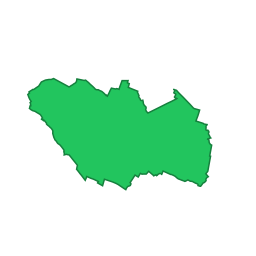 Curtuiseni, Bihor, Romania (Albers equal-area conic projection), rotated 320°
{"feature_id": "2599482B62407773842337", "entity_name": "Curtuiseni", "entity_type": "district", "adm_level": 2, "iso_a3": "ROU", "parent_name": "Romania", "parent_adm1": "Bihor", "projection": "albers", "projection_center": [22.231, 47.541], "detail": "fine", "context": "isolated", "style": "filled", "palette": "green", "viewbox_px": 256, "rotation_deg": 320, "n_neighbors": 0, "source": "geoboundaries", "source_scale": "gbopen_adm2", "svg_char_len": 4601}
<svg xmlns="http://www.w3.org/2000/svg" viewBox="0 0 256 256"><g transform="rotate(320 128 128)"><path d="M187.6,180.9L186.9,180.6L186.5,179.6L186.9,179.0L187.7,178.2L187.9,178.0L188.2,177.7L188.4,177.3L188.8,176.8L189.2,176.6L189.4,176.6L189.7,176.5L190.6,176.4L190.8,176.2L190.0,175.3L188.8,173.8L188.6,173.3L188.6,172.8L184.5,166.3L187.3,164.7L189.1,163.7L189.6,163.4L190.1,163.1L194.4,160.3L191.2,155.7L190.9,154.5L190.7,149.4L190.5,147.0L190.0,139.5L189.5,134.1L189.4,132.1L189.4,131.5L189.4,130.4L189.1,129.9L189.0,129.6L188.4,129.2L188.4,128.8L188.2,128.3L188.1,128.2L187.8,127.9L187.7,128.0L187.8,128.2L188.0,128.3L188.2,129.1L187.6,129.7L186.8,130.0L186.1,130.2L185.8,130.5L185.7,131.0L185.9,131.5L186.4,132.6L186.1,133.1L185.3,133.5L184.4,133.8L183.5,134.1L183.4,135.0L183.8,135.7L184.4,136.8L183.8,136.8L178.5,135.6L173.6,134.3L167.6,132.9L163.8,132.0L155.5,130.0L152.9,129.3L152.8,127.1L153.0,126.3L153.4,125.2L154.8,124.3L155.3,123.2L155.2,122.6L155.1,121.5L155.1,121.3L155.2,120.1L155.4,119.5L155.6,119.0L156.4,117.8L157.2,116.2L155.9,115.6L155.7,115.3L155.5,114.9L155.7,114.1L156.1,113.2L156.1,112.2L156.0,111.9L156.2,111.2L156.5,110.7L157.2,110.3L158.1,107.1L158.2,106.8L158.3,106.6L159.1,106.1L154.3,97.1L157.5,94.8L156.6,93.0L158.5,91.7L153.9,87.9L147.8,91.4L146.0,92.6L145.6,91.8L144.5,90.4L143.6,90.2L140.9,86.8L138.2,87.9L135.5,89.2L132.7,90.3L132.7,90.2L132.6,88.9L132.1,89.0L132.0,86.8L131.8,85.1L131.4,83.0L130.8,81.9L130.5,81.4L130.2,80.5L129.7,79.4L129.2,79.1L128.7,78.7L128.4,78.1L128.0,77.7L127.9,77.5L127.8,77.3L127.9,77.1L128.0,76.6L127.9,75.7L127.7,73.6L127.1,69.6L127.0,67.9L126.4,64.9L126.4,64.5L126.2,64.1L126.1,63.9L125.6,63.7L125.3,63.6L125.1,63.5L124.8,63.2L124.6,62.9L120.4,57.6L118.6,59.1L117.3,59.6L116.8,59.7L116.2,59.6L115.2,59.4L114.0,59.3L113.2,59.3L111.6,58.9L110.9,59.0L109.2,58.6L108.2,56.0L102.8,42.3L100.4,41.5L98.6,40.0L95.5,38.2L91.4,37.1L91.0,37.1L89.7,37.5L86.5,38.5L83.1,38.1L81.3,38.0L80.5,37.9L80.0,37.3L77.7,37.0L75.7,36.7L75.3,36.7L75.2,37.0L75.1,37.5L75.0,37.9L74.4,37.9L74.2,37.9L72.8,37.9L72.2,39.6L71.6,41.3L71.2,42.8L70.9,45.4L69.3,45.6L69.1,46.4L67.8,48.5L67.2,48.1L66.5,48.6L65.8,49.2L65.1,49.6L65.2,50.1L65.3,51.1L66.1,53.4L67.3,55.2L67.6,55.8L68.0,57.2L68.2,57.7L69.4,61.1L69.4,62.4L68.9,65.4L67.4,65.6L67.4,65.9L67.7,66.6L68.2,67.0L67.9,67.3L67.9,67.8L68.1,68.3L68.7,68.3L68.7,71.8L68.1,72.6L68.1,72.8L68.2,74.0L68.3,74.4L68.7,76.2L68.7,77.1L69.0,79.1L68.8,81.1L68.4,82.1L66.8,83.9L65.2,87.5L64.4,90.4L64.6,91.8L64.3,94.1L64.3,94.7L65.0,97.3L65.0,99.6L64.8,103.4L64.1,104.8L63.8,104.8L63.6,104.9L63.4,105.3L63.1,106.2L62.4,107.0L61.8,107.6L63.2,108.2L63.4,108.3L63.8,108.5L64.4,109.3L64.6,109.6L65.6,110.8L65.3,124.0L62.3,126.4L62.1,126.5L62.1,128.1L62.0,130.7L61.9,132.0L61.9,132.3L61.9,134.6L61.8,136.2L61.7,138.2L61.6,140.3L61.6,140.6L62.9,139.9L63.2,139.8L64.2,139.3L64.4,139.2L64.6,139.0L65.0,138.9L65.3,138.7L67.2,142.6L68.7,145.1L70.9,150.0L69.4,150.5L71.4,155.9L77.0,152.1L80.9,158.4L81.5,159.4L83.1,162.5L84.1,164.9L86.3,172.6L86.7,173.8L88.2,173.1L89.3,172.8L89.9,172.7L90.3,172.7L90.7,172.8L91.1,172.9L91.5,173.1L91.9,173.3L92.8,173.5L93.9,173.0L94.5,172.4L94.5,171.2L95.5,170.9L98.6,170.0L103.1,168.6L103.9,170.9L104.3,172.1L108.3,170.7L109.0,172.3L109.3,172.5L110.6,173.5L111.1,173.9L112.4,175.0L116.0,174.5L116.5,177.5L117.0,180.4L116.9,181.1L117.7,181.4L119.3,181.8L119.3,182.9L120.1,183.0L121.5,182.8L123.1,183.3L123.8,184.0L124.2,184.5L124.0,184.8L123.9,185.1L124.0,185.2L127.2,183.5L130.8,191.0L131.4,191.5L131.8,192.4L132.2,193.1L132.7,194.3L133.1,195.4L133.2,196.1L133.4,197.6L133.6,198.5L133.8,199.2L134.1,199.8L134.8,201.0L135.5,202.3L136.9,204.7L137.2,205.4L137.6,205.6L138.7,205.9L139.6,206.1L140.1,206.1L140.5,206.4L140.7,206.7L141.0,207.5L141.3,208.4L141.7,209.0L142.2,209.5L142.8,210.1L143.0,210.4L143.2,211.0L143.9,212.8L144.3,213.7L144.9,214.8L145.1,215.2L145.3,215.5L145.4,216.0L145.3,216.4L144.8,216.8L144.6,217.1L145.3,218.2L145.8,219.0L146.2,219.3L147.0,219.2L147.8,219.0L149.3,218.6L150.4,218.4L150.5,218.5L150.9,218.7L151.6,218.8L152.1,218.8L153.2,218.7L154.0,218.5L154.7,217.3L155.4,217.0L156.1,216.8L157.0,216.7L158.2,216.9L158.2,213.1L159.1,212.9L161.1,212.5L161.3,212.4L161.5,212.3L170.4,204.9L173.1,202.7L172.5,202.0L181.1,194.9L180.6,193.7L180.7,192.0L181.0,191.1L181.7,190.1L182.2,189.2L182.4,188.7L181.8,187.8L182.1,187.6L185.0,188.8L185.0,188.0L185.1,187.4L185.4,186.4L185.6,185.2L185.6,184.9L185.8,184.4L186.2,183.8L186.7,183.4L187.2,183.3L187.5,183.0L187.5,182.9L187.8,182.0L187.6,181.4L187.4,181.2L187.6,180.9L187.6,180.9Z" fill="#22c55e" stroke="#15803d" stroke-width="1.5"/></g></svg>